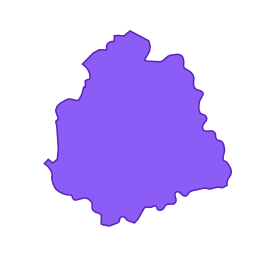 the Metropolitan department of Indre, rotated 346°
{"feature_id": "FRA-5309", "entity_name": "Indre", "entity_type": "Metropolitan department", "adm_level": 1, "iso_a3": "FRA", "parent_name": "France", "parent_adm1": "", "projection": "mercator", "projection_center": [1.588, 46.82], "detail": "fine", "context": "isolated", "style": "filled", "palette": "violet", "viewbox_px": 256, "rotation_deg": 346, "n_neighbors": 0, "source": "natural_earth", "source_scale": "10m", "svg_char_len": 2592}
<svg xmlns="http://www.w3.org/2000/svg" viewBox="0 0 256 256"><g transform="rotate(346 128 128)"><path d="M96.5,78.1L97.0,76.5L97.9,71.8L99.1,71.4L102.2,71.3L103.1,70.7L104.0,66.3L103.3,61.9L101.5,58.0L99.2,55.0L112.4,46.9L119.0,45.1L126.2,47.1L127.1,42.9L129.4,40.6L132.5,40.0L135.5,40.7L135.8,39.5L136.8,36.4L137.0,35.2L141.8,36.0L144.4,37.2L146.4,37.6L153.5,34.3L169.2,48.4L169.3,54.1L167.3,58.9L160.3,66.2L163.1,67.9L175.6,71.6L178.3,71.0L183.7,68.2L186.6,67.6L193.6,68.4L196.5,69.8L197.7,71.2L198.3,73.1L198.4,75.2L198.1,77.4L196.9,81.4L196.9,82.9L197.9,84.4L201.4,87.7L202.9,89.8L203.9,92.5L204.0,95.6L202.2,100.9L202.0,104.0L203.2,106.8L207.9,109.8L209.3,111.9L208.9,113.8L204.4,118.6L203.0,121.1L201.8,124.6L201.2,128.2L201.7,131.1L203.1,132.5L204.8,133.5L206.2,134.9L206.8,137.3L206.1,139.4L201.6,143.1L200.5,145.0L200.3,147.0L201.0,148.7L202.5,149.9L208.2,151.0L210.0,151.9L211.2,153.8L211.3,155.7L210.9,157.7L211.0,159.9L211.6,161.2L214.7,162.8L216.3,164.9L216.8,167.8L216.6,170.9L216.0,173.8L212.8,180.1L212.8,182.4L213.3,183.0L215.3,184.8L216.3,186.8L217.7,191.5L217.8,194.1L217.3,196.6L216.1,198.5L212.5,202.0L211.0,204.4L210.2,207.7L205.2,208.8L200.5,207.0L192.8,207.0L191.7,206.7L188.9,205.2L187.2,204.8L175.0,204.4L173.6,204.6L172.2,205.1L169.5,207.2L168.1,207.9L166.4,207.7L165.1,206.7L162.2,202.8L161.1,201.9L159.8,201.7L158.6,202.0L157.5,203.6L157.2,205.0L157.2,206.4L157.4,207.7L157.3,209.0L157.0,210.2L156.4,211.4L155.2,212.3L153.6,212.8L147.9,211.5L146.4,211.8L144.7,213.0L143.5,214.3L142.1,215.3L140.5,215.7L138.2,215.2L137.0,214.1L136.7,212.8L136.8,211.5L136.2,210.5L134.9,210.0L131.3,210.5L129.4,210.2L127.8,209.5L126.3,209.1L124.4,209.6L115.5,218.9L111.2,221.7L105.1,217.5L104.4,216.3L103.7,215.0L102.9,213.7L101.6,212.7L100.2,212.6L98.4,213.5L97.7,214.7L97.2,216.0L96.2,217.0L94.2,217.6L88.3,218.4L86.3,218.4L84.7,218.1L82.8,216.7L81.0,216.4L78.7,214.6L81.1,206.4L79.5,203.8L76.8,202.4L75.5,201.2L74.0,199.2L73.8,197.4L74.9,192.6L74.9,192.1L74.6,190.9L74.0,189.7L73.2,188.5L72.2,187.3L71.0,186.3L69.8,185.7L68.4,185.3L59.8,185.3L58.2,184.5L57.6,183.3L57.2,180.2L56.4,179.4L55.5,178.9L52.7,178.1L49.0,176.0L45.8,173.2L44.1,171.1L43.0,169.3L42.2,166.3L41.8,163.5L41.8,159.6L42.0,158.2L42.3,157.0L42.8,155.7L43.2,154.4L43.2,152.5L42.7,150.2L41.2,146.4L40.1,144.6L38.2,142.3L43.1,139.1L46.4,143.7L51.8,141.3L55.3,131.7L59.3,109.3L59.4,105.7L59.6,104.0L62.4,102.5L62.5,100.3L62.0,95.2L62.2,93.1L64.7,89.6L68.3,87.6L75.6,85.5L78.6,85.7L84.9,88.9L86.9,89.0L91.4,84.1L94.7,77.9L95.3,77.4L95.9,77.9L96.5,78.1Z" fill="#8b5cf6" stroke="#5b21b6" stroke-width="1.5"/></g></svg>